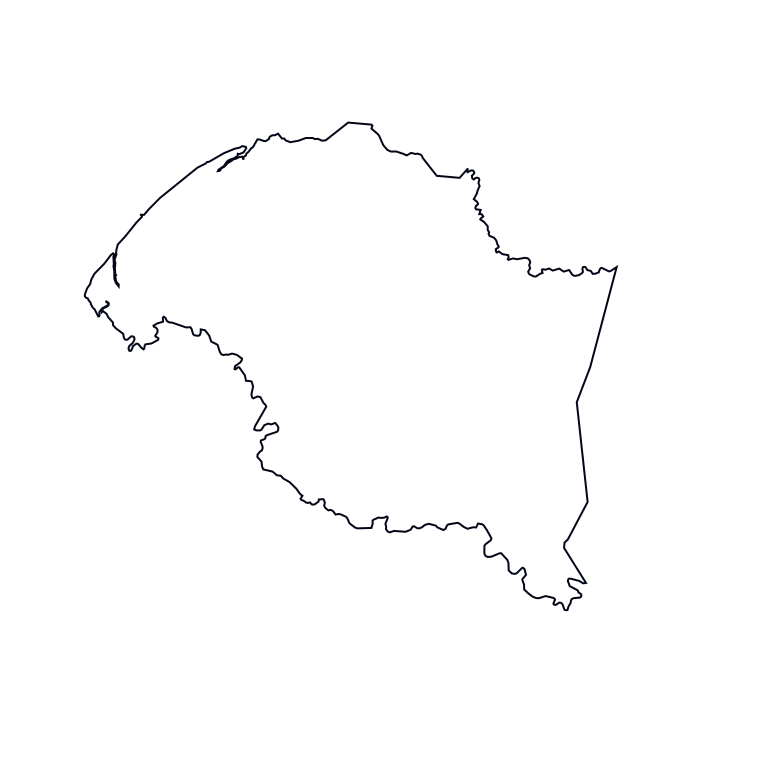 Los Santos, Los Santos, Panama, rotated 252°
{"feature_id": "35544464B37461869790758", "entity_name": "Los Santos", "entity_type": "district", "adm_level": 2, "iso_a3": "PAN", "parent_name": "Panama", "parent_adm1": "Los Santos", "projection": "orthographic", "projection_center": [-80.429, 7.876], "detail": "fine", "context": "isolated", "style": "outline", "palette": "ink", "viewbox_px": 768, "rotation_deg": 252, "n_neighbors": 0, "source": "geoboundaries", "source_scale": "gbopen_adm2", "svg_char_len": 6154}
<svg xmlns="http://www.w3.org/2000/svg" viewBox="0 0 768 768"><g transform="rotate(252 384 384)"><path d="M300.7,269.2L299.3,269.5L297.9,271.4L295.4,273.2L294.4,274.8L294.3,277.0L291.9,278.0L291.1,279.5L291.0,281.2L292.4,285.4L294.3,286.3L293.3,290.6L292.0,291.1L289.2,291.0L286.8,289.5L284.6,289.8L282.3,291.1L281.0,292.1L280.8,294.2L279.3,296.0L274.8,297.7L274.4,300.7L273.6,302.3L269.6,306.7L267.7,307.6L262.3,308.1L256.5,312.0L254.9,314.1L251.0,327.6L254.9,330.2L257.5,330.8L258.1,331.8L258.7,337.5L257.5,339.9L256.8,343.0L257.2,345.7L256.5,346.3L255.4,346.1L250.7,342.2L247.3,341.9L245.6,341.0L242.6,341.9L241.1,343.7L241.2,348.0L236.8,358.8L237.1,364.1L239.7,367.5L239.1,369.0L236.6,371.0L235.8,373.2L236.0,375.8L237.3,379.2L237.2,383.4L233.3,389.5L231.2,390.4L226.8,395.3L227.2,397.7L229.7,399.9L230.6,401.6L229.3,410.8L228.4,412.2L223.2,415.9L220.5,418.7L220.2,424.5L219.1,427.3L222.2,430.3L220.3,434.0L218.8,435.1L213.2,436.7L204.1,438.5L202.4,437.2L200.2,431.0L199.1,429.5L191.9,427.1L189.4,427.3L187.4,429.2L186.6,433.0L187.3,441.6L186.8,443.2L178.7,446.9L175.6,447.1L168.2,445.0L164.5,446.9L163.1,449.3L162.9,451.4L166.5,458.8L166.0,459.7L164.6,460.4L158.6,460.1L155.8,455.5L154.7,455.0L149.8,455.2L145.3,453.8L140.4,456.5L136.1,459.4L133.4,462.5L132.4,465.3L132.4,472.1L128.3,478.9L127.2,479.8L126.1,480.0L122.8,477.3L121.9,477.3L120.8,479.0L121.9,483.1L121.1,484.8L119.3,485.7L113.5,485.9L112.7,486.9L112.3,488.6L115.6,490.9L118.0,493.8L120.1,494.8L121.5,496.2L121.7,498.2L120.3,504.5L120.9,505.7L122.0,506.4L123.2,506.5L125.8,504.5L127.3,504.6L128.5,503.9L134.3,498.2L139.9,498.0L141.3,498.9L141.7,500.1L140.8,502.0L136.4,508.8L132.9,511.8L132.4,514.6L172.5,504.6L177.4,506.7L179.4,510.9L208.9,541.2L307.1,561.7L336.3,585.3L423.3,641.4L421.4,634.3L421.6,632.7L426.6,627.6L427.3,626.1L426.3,624.5L423.8,622.8L423.6,619.5L424.2,616.6L427.6,615.6L429.6,612.6L432.9,611.7L433.6,610.5L433.6,609.4L432.6,608.4L429.2,607.8L428.3,606.8L427.3,603.1L427.7,599.5L428.4,598.0L429.8,596.8L435.2,595.3L435.4,589.6L439.6,586.3L439.7,579.6L442.8,576.8L442.8,573.0L444.2,570.1L443.6,569.3L440.6,569.1L440.6,566.7L439.3,561.6L439.9,559.9L443.2,556.4L444.6,555.8L446.4,555.9L448.8,558.7L452.2,558.8L454.5,560.7L457.0,560.6L459.2,559.5L460.5,556.8L461.5,549.3L463.6,545.3L463.6,540.8L464.4,540.3L466.3,541.8L468.2,541.9L470.9,536.8L474.6,534.1L474.2,532.0L475.0,531.5L477.6,531.9L478.5,534.9L479.3,535.6L481.7,535.0L485.8,535.1L489.1,533.9L492.3,530.1L494.6,529.9L495.9,530.9L498.4,530.2L501.9,531.4L507.3,529.2L510.7,526.4L511.4,526.9L512.7,530.2L515.4,529.3L516.1,527.1L519.7,529.7L521.6,525.7L523.1,525.2L524.9,526.4L525.7,528.6L526.5,529.2L528.7,528.7L532.0,526.5L536.5,531.2L539.2,532.9L542.7,536.1L545.9,535.9L548.8,537.8L550.2,537.8L551.4,536.4L551.7,535.2L550.8,532.5L552.2,531.5L554.9,531.9L556.2,534.5L557.2,535.2L559.3,534.8L560.2,533.0L559.7,529.0L562.0,529.6L563.1,530.5L556.7,519.6L565.7,498.5L587.0,490.7L589.2,490.6L590.8,489.8L592.8,487.0L592.9,485.3L595.4,481.2L594.4,476.2L596.7,473.8L601.2,467.7L603.1,462.1L605.7,459.5L611.5,457.1L621.3,456.1L623.4,455.5L630.7,451.0L633.3,452.8L634.6,452.2L643.7,430.7L633.8,403.9L634.5,400.3L637.6,396.9L638.3,393.9L639.9,392.4L642.1,385.7L641.8,377.9L642.9,369.7L646.1,365.7L648.3,365.0L649.0,362.8L654.8,360.6L654.3,357.0L655.0,355.0L654.8,352.9L654.0,351.2L652.5,350.2L651.6,346.6L652.1,345.0L655.1,341.1L655.7,339.1L649.7,332.5L649.2,330.5L646.6,326.7L645.6,324.2L644.1,323.4L643.2,320.4L640.7,319.7L644.0,319.4L644.5,316.5L644.0,312.8L644.3,310.5L643.2,307.6L642.5,303.8L640.1,299.5L639.3,295.8L637.8,294.2L637.6,292.9L637.8,291.8L638.9,292.8L640.8,299.1L644.1,303.4L644.9,306.2L645.1,311.5L646.2,315.2L648.1,316.1L647.3,317.2L647.7,322.0L650.7,325.8L652.2,325.9L654.1,322.6L653.4,320.0L653.9,314.7L653.0,303.2L649.4,286.2L649.8,284.3L648.8,282.5L647.4,273.4L630.2,228.5L622.8,214.2L619.0,208.0L619.8,205.6L620.7,204.6L618.7,205.8L617.8,205.4L614.0,198.3L604.6,184.0L598.9,173.9L594.2,170.9L591.0,169.5L590.2,169.7L585.4,166.1L582.2,165.9L576.9,163.7L571.3,162.4L570.4,162.8L570.0,161.9L565.0,161.0L563.6,161.0L560.6,162.5L558.8,161.8L563.1,160.2L567.4,160.1L575.0,162.4L580.0,163.2L581.2,164.0L589.1,166.1L590.4,167.8L592.0,166.8L591.1,164.2L584.7,154.9L578.3,142.6L573.7,137.8L569.9,135.5L566.7,131.2L561.5,127.1L559.9,126.6L558.2,127.2L556.9,128.8L554.8,129.0L552.0,130.1L550.4,129.9L546.6,130.6L544.3,131.9L536.6,133.1L536.4,133.9L537.0,134.5L540.5,135.5L543.0,139.2L544.3,146.0L546.0,146.7L547.7,145.3L549.2,145.3L548.0,145.6L546.6,147.0L545.2,147.1L544.0,146.3L543.2,144.5L542.7,140.3L541.2,138.4L539.5,137.8L540.2,139.2L536.6,141.8L532.6,142.4L526.3,145.2L523.6,144.5L519.6,146.3L512.4,151.4L508.0,150.9L506.1,151.6L505.4,153.7L507.4,158.0L506.9,159.9L505.9,160.7L503.9,160.7L502.0,159.2L500.4,157.3L499.1,153.9L498.0,152.7L496.2,151.9L494.2,152.1L493.8,153.5L495.4,155.4L497.5,156.8L498.9,161.0L498.0,162.6L493.6,164.4L491.3,166.0L491.9,167.0L494.7,168.4L495.4,169.4L494.4,175.3L495.8,182.9L497.3,183.6L499.6,181.5L500.4,181.3L503.5,184.8L506.0,185.3L507.8,184.7L509.4,183.0L510.7,182.8L511.7,187.2L511.5,193.1L515.4,194.2L516.0,195.3L514.6,196.5L511.0,197.0L509.0,198.7L507.9,201.4L499.0,213.2L497.8,217.4L495.9,218.0L490.3,217.9L489.0,218.6L487.3,222.0L487.3,223.7L489.0,225.3L492.6,226.6L490.4,230.4L484.2,232.7L477.7,232.8L472.8,237.8L465.1,237.8L462.5,238.5L461.3,240.0L460.7,243.3L459.9,244.8L459.9,248.3L459.4,249.8L457.1,253.1L452.0,256.8L450.8,256.3L449.0,254.2L447.0,247.9L444.5,246.5L443.8,247.2L445.0,250.3L444.5,251.5L435.1,254.4L429.7,253.7L427.9,258.0L427.0,258.9L422.0,258.7L415.1,254.7L412.2,254.4L410.8,255.2L411.2,260.0L409.7,262.4L403.3,263.5L400.9,264.8L398.8,265.0L383.6,248.2L380.9,246.5L379.4,248.1L378.1,252.0L378.4,253.3L381.8,257.5L382.1,261.6L380.4,264.3L380.6,268.5L377.0,269.9L374.8,270.0L372.6,268.9L371.6,267.5L371.5,256.9L371.0,255.3L369.4,254.6L368.5,253.3L368.3,249.5L367.0,248.8L362.4,249.2L360.4,248.7L358.6,247.4L358.2,245.5L355.9,241.9L353.7,241.0L348.1,243.5L342.7,242.5L340.1,242.8L335.1,251.0L330.3,253.9L328.6,257.5L325.1,259.1L319.9,263.9L311.2,268.4L305.3,270.2L302.9,271.9L300.7,269.2Z" fill="none" stroke="#020617" stroke-width="2"/></g></svg>